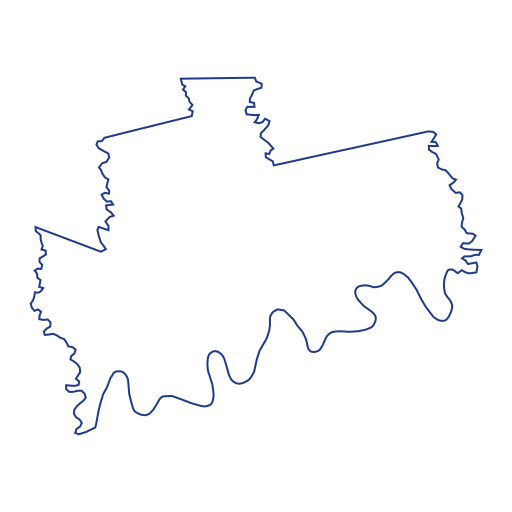 25 de Mayo, Misiones, Argentina (Albers equal-area conic projection)
{"feature_id": "61730980B2649832708573", "entity_name": "25 de Mayo", "entity_type": "district", "adm_level": 2, "iso_a3": "ARG", "parent_name": "Argentina", "parent_adm1": "Misiones", "projection": "albers", "projection_center": [-54.618, -27.386], "detail": "fine", "context": "isolated", "style": "outline", "palette": "blue", "viewbox_px": 512, "rotation_deg": 0, "n_neighbors": 0, "source": "geoboundaries", "source_scale": "gbopen_adm2", "svg_char_len": 5665}
<svg xmlns="http://www.w3.org/2000/svg" viewBox="0 0 512 512"><path d="M325.3,154.0L273.8,165.4L272.7,161.3L269.3,159.3L265.8,157.3L265.6,153.3L269.2,154.0L270.5,150.7L273.3,148.6L271.0,145.9L268.5,143.0L265.2,140.6L260.5,136.9L261.0,133.0L264.1,130.1L268.3,125.2L269.6,121.2L265.1,118.7L262.6,122.0L258.9,123.3L254.7,122.2L257.0,119.3L258.7,114.9L254.4,115.1L246.8,114.4L245.5,110.3L247.2,106.9L251.2,106.9L254.5,106.9L254.0,102.8L249.9,102.1L249.8,98.9L252.3,94.1L253.7,90.5L257.5,89.0L261.5,87.7L261.7,83.7L256.2,81.4L254.8,77.7L238.7,77.9L180.8,78.7L182.2,84.6L185.3,86.3L183.0,89.5L186.0,92.2L185.8,95.5L188.7,98.3L189.6,101.9L192.5,105.0L188.9,109.5L192.7,111.3L191.7,116.1L133.2,130.6L104.4,137.8L101.9,141.1L97.7,141.4L96.5,144.5L98.6,148.2L103.2,150.8L108.4,153.6L109.2,157.7L106.2,162.0L102.4,163.1L99.0,167.4L101.0,170.1L102.5,173.8L104.9,177.4L108.4,179.4L107.3,183.4L106.5,187.2L109.2,190.5L109.0,193.6L104.8,192.8L101.6,194.7L103.9,198.9L107.0,201.6L110.9,201.2L113.1,204.5L106.1,205.4L106.6,209.3L111.3,212.7L113.6,215.7L109.6,217.0L105.4,221.5L108.5,226.0L108.4,230.2L104.5,228.9L98.7,226.9L97.4,230.0L98.9,236.3L100.9,242.3L103.5,245.7L105.8,249.2L100.9,251.7L35.5,227.1L35.8,231.2L38.5,233.2L40.6,235.3L40.7,239.6L41.6,242.8L42.8,246.1L41.5,249.5L45.7,250.6L45.8,254.6L42.6,256.6L39.6,258.4L39.5,262.0L42.2,264.8L41.3,268.9L37.5,268.7L34.7,270.6L37.0,273.6L37.4,277.8L40.5,280.1L39.8,283.7L39.2,286.9L43.2,288.1L40.8,291.3L38.3,292.7L34.9,292.3L34.3,296.4L33.0,300.5L30.7,303.6L31.9,307.7L34.5,310.9L38.0,309.4L41.0,311.8L39.5,315.8L39.3,319.2L43.6,319.9L47.8,319.5L50.5,322.4L50.2,326.6L46.5,328.7L43.8,331.7L44.8,334.9L49.0,334.5L53.1,333.8L56.9,335.4L60.1,337.6L64.1,339.1L66.5,342.5L68.3,346.3L72.4,347.1L75.6,349.5L74.5,353.5L71.2,356.1L70.5,359.4L74.2,361.7L77.5,364.3L79.8,367.9L80.2,372.2L77.8,375.7L75.9,378.8L79.2,381.5L78.5,385.0L74.5,385.9L70.2,385.6L66.2,385.2L66.1,389.1L69.3,391.9L73.4,391.8L77.5,390.8L81.6,390.7L84.6,393.7L85.8,397.7L83.3,400.8L80.1,403.3L77.0,406.2L74.4,409.5L73.9,413.8L76.0,417.2L79.6,419.5L81.8,422.9L80.0,426.6L76.5,428.9L75.2,432.9L78.7,434.3L82.8,433.0L86.8,431.8L87.4,431.3L95.3,427.5L96.3,423.3L98.4,411.6L99.9,405.3L101.4,399.8L101.7,398.8L102.3,397.6L102.7,395.3L103.2,394.1L106.7,387.8L108.1,384.4L110.5,377.9L112.5,375.0L113.6,372.9L116.0,371.5L117.8,371.3L119.5,371.3L121.3,371.5L123.5,372.6L125.3,374.3L126.9,376.7L128.0,379.6L128.4,383.8L129.2,393.6L130.9,400.8L132.8,407.6L134.1,410.6L136.2,412.4L138.5,413.6L140.8,414.6L143.4,415.1L146.2,415.2L149.6,413.6L153.3,409.7L157.2,403.4L159.3,399.6L160.9,397.7L163.0,396.4L167.2,396.1L172.1,396.0L183.6,400.2L191.7,403.3L201.3,406.0L204.9,406.5L208.2,405.7L210.4,404.8L212.2,402.5L213.2,398.9L213.6,395.4L213.4,391.9L212.3,384.1L211.6,382.2L211.1,380.5L210.5,378.7L209.9,376.7L209.3,374.7L208.7,373.2L208.4,372.3L207.7,368.8L207.4,364.1L207.7,359.5L208.0,357.4L208.9,354.9L210.0,353.5L211.6,352.2L213.4,351.4L215.1,351.1L217.9,351.7L220.5,353.5L222.5,355.5L224.4,359.1L227.8,370.7L228.5,373.8L230.2,377.7L231.6,380.0L234.1,382.2L237.5,383.6L239.8,383.7L242.3,383.2L245.5,381.9L248.2,380.3L250.0,378.6L252.2,375.3L254.1,371.9L255.5,365.3L256.9,358.9L259.5,350.9L260.0,349.8L261.0,348.3L262.1,346.4L263.9,343.3L264.4,342.4L266.4,338.9L266.5,338.6L267.4,336.2L268.3,333.9L268.3,333.6L268.8,332.0L269.5,329.5L269.5,328.2L270.0,324.9L270.0,323.8L269.9,322.1L269.9,320.2L270.1,317.4L270.5,315.7L271.5,314.0L272.0,313.1L273.8,311.3L274.4,311.0L276.2,310.2L276.9,309.6L278.9,309.5L281.2,310.0L284.0,310.4L285.9,312.1L288.9,315.0L291.8,317.9L293.0,318.9L295.3,322.2L296.1,323.8L297.9,326.4L299.0,327.6L300.2,329.1L302.2,331.5L302.7,332.1L302.8,332.5L304.3,335.5L305.6,338.3L306.4,340.7L307.0,343.4L307.5,346.2L308.4,348.8L309.8,350.7L311.3,351.7L313.3,352.0L315.6,351.8L318.1,350.9L319.6,349.9L320.6,348.7L322.8,344.9L325.7,338.2L327.0,336.1L328.9,334.1L331.6,332.3L334.2,331.7L337.3,331.4L341.4,331.3L348.8,331.8L357.8,331.3L365.9,329.6L370.4,327.8L372.5,326.3L374.2,324.0L375.3,321.1L375.7,319.7L375.8,318.2L375.5,316.5L374.5,314.5L371.4,311.4L363.9,306.1L358.3,300.0L356.4,297.0L355.5,294.4L355.2,292.4L355.4,290.8L356.0,289.2L356.8,287.8L358.1,286.9L359.6,286.1L361.7,285.7L364.0,285.4L366.4,285.4L368.5,285.7L371.3,286.5L373.7,287.2L376.4,287.1L379.5,286.4L381.7,285.6L385.0,282.7L389.1,278.5L391.2,275.8L393.4,273.9L394.6,273.0L396.1,272.4L397.5,272.2L398.9,272.2L400.1,272.3L401.0,272.6L403.6,273.9L407.9,277.4L411.8,282.5L416.4,289.5L421.4,299.5L425.7,306.7L430.4,313.0L433.5,316.9L436.3,318.9L438.3,320.1L440.7,320.7L442.7,320.9L444.6,320.6L446.4,319.7L448.7,316.9L451.0,312.0L451.7,309.7L452.1,306.9L452.2,305.2L451.7,303.7L450.8,301.6L449.1,298.9L447.6,297.3L447.3,296.9L444.9,293.3L444.7,291.9L444.1,287.7L443.9,283.9L444.3,279.9L445.3,276.2L447.0,271.8L447.8,270.4L449.0,269.7L450.0,269.5L451.3,269.5L452.4,269.6L454.1,270.5L457.6,273.2L457.8,273.1L461.8,270.2L465.4,272.3L469.2,273.4L476.3,272.4L477.5,266.3L476.3,262.5L468.0,264.0L465.5,260.5L462.0,258.4L464.5,256.4L470.8,256.3L474.8,254.9L479.0,254.9L481.3,250.0L477.1,249.8L472.9,249.7L468.7,249.4L464.5,248.9L460.7,246.8L462.9,243.2L468.8,243.6L472.2,241.0L475.6,235.6L472.8,233.7L466.7,233.2L464.6,229.5L461.6,226.8L462.0,222.5L463.3,218.4L461.7,212.6L461.2,208.5L458.5,206.6L460.4,203.1L462.2,199.5L462.5,195.3L459.9,192.3L455.7,192.9L451.2,188.8L449.6,185.2L453.9,182.2L455.9,179.7L452.4,178.2L448.4,173.2L445.5,170.2L441.4,169.3L438.0,167.5L437.1,163.4L438.7,159.5L436.1,154.0L432.3,152.0L428.9,149.6L428.9,145.9L433.1,146.1L437.8,145.9L435.8,142.2L431.5,141.9L434.4,137.5L436.2,134.3L433.2,131.9L428.4,131.4L354.3,147.7L325.3,154.0Z" fill="none" stroke="#1e3a8a" stroke-width="2"/></svg>